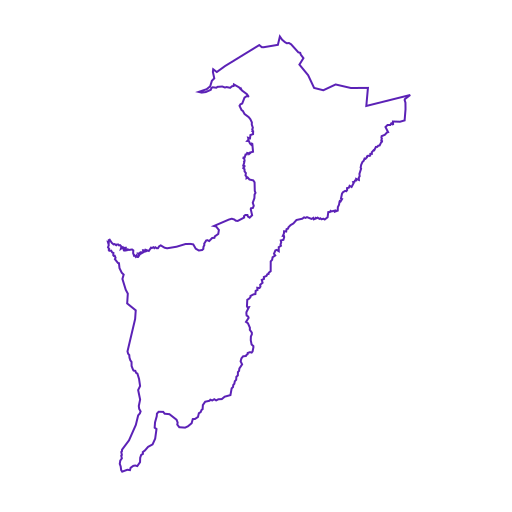 the district of Kapenguria, Rift Valley, Kenya, rotated 182°
{"feature_id": "3690345B82211082616386", "entity_name": "Kapenguria", "entity_type": "district", "adm_level": 2, "iso_a3": "KEN", "parent_name": "Kenya", "parent_adm1": "Rift Valley", "projection": "natural_earth1", "projection_center": [35.164, 1.55], "detail": "fine", "context": "isolated", "style": "outline", "palette": "violet", "viewbox_px": 512, "rotation_deg": 182, "n_neighbors": 0, "source": "geoboundaries", "source_scale": "gbopen_adm2", "svg_char_len": 6113}
<svg xmlns="http://www.w3.org/2000/svg" viewBox="0 0 512 512"><g transform="rotate(182 256 256)"><path d="M260.1,466.9L293.5,444.8L301.6,438.5L305.3,441.1L305.5,438.4L303.9,432.1L306.2,429.6L307.7,424.0L311.1,421.0L319.0,418.0L316.0,417.4L311.9,418.1L307.0,420.5L306.4,422.3L305.2,423.1L301.5,422.8L300.4,423.7L295.6,424.2L292.9,423.3L291.3,423.8L287.7,423.2L285.9,424.8L284.3,425.1L284.1,426.7L278.9,424.0L277.4,422.4L277.0,422.9L275.9,421.0L270.7,417.4L268.8,414.8L270.5,415.7L273.0,413.9L275.1,407.9L276.8,407.1L277.7,405.5L275.5,401.3L274.2,400.5L272.4,397.5L268.1,394.5L266.4,392.5L264.8,389.4L264.8,387.2L263.6,384.0L264.2,382.5L263.7,381.7L264.0,380.6L263.2,380.4L263.2,377.7L265.8,376.7L266.1,373.4L268.0,373.9L267.5,372.2L268.7,370.7L267.2,370.7L265.9,368.2L264.7,367.1L264.1,368.2L263.6,367.9L262.6,360.1L265.9,359.1L266.3,358.7L265.8,358.3L266.6,357.6L267.1,358.4L268.4,358.7L268.8,357.2L270.0,357.1L270.7,354.3L271.9,354.0L272.0,353.4L271.2,353.1L270.7,350.6L271.3,349.8L271.0,348.9L271.9,345.9L270.7,345.7L270.6,345.0L271.8,343.4L270.5,342.3L270.4,340.2L269.0,338.5L269.3,336.1L268.2,334.9L268.2,333.4L267.0,334.1L265.2,332.2L261.4,331.5L260.0,329.6L259.5,321.0L258.7,319.1L259.6,317.4L259.6,313.8L261.1,309.1L260.0,306.1L260.8,303.9L262.7,303.5L262.9,302.6L261.3,296.6L263.7,294.1L265.5,295.2L266.0,296.7L268.1,296.6L269.4,295.4L269.2,294.0L275.5,290.4L277.5,290.6L278.9,291.7L281.5,292.4L284.3,291.5L299.1,284.5L296.9,284.1L294.0,280.7L294.5,276.7L297.8,274.2L298.2,272.7L300.4,272.5L303.3,269.3L305.1,270.1L306.3,269.8L308.2,266.5L308.0,265.1L308.8,263.4L308.9,261.2L310.0,260.1L313.3,259.5L316.5,261.2L319.1,265.4L321.8,265.8L326.9,265.5L335.7,262.5L345.1,260.6L347.7,261.1L351.6,263.3L353.2,262.2L354.2,260.4L355.5,260.3L356.9,261.2L357.9,260.3L358.8,261.2L360.4,260.3L361.2,260.7L363.3,257.3L366.1,258.2L365.8,257.0L367.2,256.5L367.8,256.6L367.5,257.8L369.1,257.8L368.7,255.8L371.0,254.4L371.0,255.7L371.6,255.7L372.8,254.4L373.8,254.4L372.7,252.7L373.8,250.9L374.5,250.9L375.3,252.5L376.2,251.0L377.4,252.4L377.9,252.1L378.9,254.6L378.8,257.3L380.1,258.2L383.3,257.6L384.3,258.2L385.0,257.3L387.3,256.8L387.7,257.2L386.3,258.6L386.4,259.7L388.2,259.5L388.7,258.2L389.4,260.0L391.3,258.5L390.8,260.7L392.2,262.1L393.2,261.8L394.1,262.7L395.5,262.6L396.1,261.9L397.7,263.0L398.7,262.6L400.6,264.1L402.8,267.2L403.7,266.7L403.6,264.5L404.5,264.8L403.5,261.8L404.2,259.5L403.0,258.0L403.4,256.9L402.8,256.1L400.9,256.3L399.9,254.6L398.6,254.1L398.7,251.8L398.1,251.1L397.2,251.3L396.3,249.3L396.9,247.9L393.7,244.2L392.7,244.0L392.0,239.1L389.6,234.6L387.6,232.8L388.7,228.4L385.0,217.7L382.8,213.9L383.1,204.1L374.3,197.5L374.6,188.8L381.1,156.2L380.4,153.9L379.2,152.6L378.9,150.0L377.9,147.3L376.7,145.8L376.5,141.7L374.9,138.0L374.3,137.2L372.6,137.0L371.8,135.1L370.4,134.3L368.6,129.1L367.3,122.0L369.1,117.9L366.8,108.5L367.9,102.0L367.4,99.1L365.9,96.7L366.6,94.6L368.2,92.6L370.2,83.0L376.5,67.3L383.1,57.8L383.2,56.1L383.8,55.4L383.1,52.5L383.7,51.7L383.0,49.1L384.5,46.8L384.9,43.5L383.9,41.0L383.3,37.4L382.2,35.8L377.1,37.9L374.5,37.6L373.9,40.0L371.3,42.0L369.4,42.4L367.3,41.9L364.7,45.9L364.7,50.3L363.8,53.2L362.1,54.3L362.3,56.1L360.3,57.7L357.2,61.5L352.8,64.1L350.4,69.9L349.4,79.6L351.3,80.9L351.1,86.2L349.6,92.4L349.5,95.0L347.9,96.9L343.3,97.0L341.8,95.2L337.0,94.9L329.7,89.6L328.5,86.8L328.8,84.8L326.7,82.2L320.9,82.0L318.1,83.4L314.5,86.6L313.5,90.8L311.3,91.0L308.4,93.1L307.6,96.9L305.9,98.0L305.0,100.3L304.0,101.1L303.9,105.2L301.7,108.6L297.4,109.7L296.6,110.8L294.7,110.1L292.7,111.4L290.8,110.3L288.6,111.5L285.2,111.8L282.4,114.3L276.7,116.1L275.7,122.9L274.4,124.2L274.2,126.4L273.2,127.5L272.8,130.1L271.5,131.6L271.4,134.6L270.0,136.0L270.0,139.4L268.9,140.6L268.7,143.0L266.1,147.2L267.7,150.2L267.0,153.2L265.4,155.3L262.6,155.7L262.0,156.9L261.0,157.5L260.9,158.8L258.6,159.7L257.0,159.3L256.1,160.5L255.4,164.7L255.5,165.9L257.3,167.4L258.3,171.6L258.3,175.4L257.4,177.6L257.5,179.3L259.6,182.0L259.6,184.1L261.7,188.5L263.7,189.8L261.2,193.9L261.7,195.2L263.3,196.2L263.6,198.1L263.6,199.6L261.3,204.6L262.7,204.4L263.3,205.5L263.2,211.9L261.2,213.3L260.1,214.8L260.1,215.9L257.1,217.6L255.3,217.9L255.1,221.2L253.3,222.1L253.6,224.3L251.4,224.1L250.5,225.5L250.8,227.4L248.5,229.5L249.4,232.3L247.2,233.4L247.4,235.3L244.9,236.4L244.0,238.2L242.8,238.5L242.7,239.7L240.8,241.3L241.1,251.1L239.7,252.8L239.4,255.3L236.8,257.2L238.1,258.9L236.8,262.3L235.5,262.8L233.4,261.6L233.6,265.6L231.4,267.1L231.9,268.4L231.3,270.5L231.8,272.4L229.2,273.1L228.5,275.8L228.7,276.9L229.9,277.0L228.9,279.3L228.8,281.7L226.7,281.5L226.4,283.9L224.9,284.5L224.6,285.8L222.5,288.1L219.8,289.8L216.8,293.4L211.0,294.9L209.3,296.3L207.9,295.8L206.4,296.6L201.8,295.0L200.0,296.1L199.5,294.7L197.8,295.4L197.6,296.2L196.6,295.9L195.8,296.5L193.8,295.3L193.0,295.9L191.8,295.0L190.0,295.6L188.6,294.9L185.8,297.2L185.3,302.4L183.7,302.5L183.0,303.7L182.1,303.2L178.5,304.2L178.6,303.1L175.9,304.2L175.9,307.7L174.8,310.2L174.4,313.3L174.2,313.8L173.4,313.4L172.0,315.9L173.1,316.3L172.2,321.4L171.3,322.8L169.2,324.2L168.0,323.9L167.2,325.1L167.4,327.0L165.6,327.5L164.9,329.4L162.9,328.3L161.0,332.2L161.5,333.3L160.2,333.6L159.7,334.9L158.6,335.0L158.6,336.6L155.8,335.6L156.0,338.0L155.2,339.3L155.5,341.7L154.0,347.0L154.5,347.9L154.1,350.7L152.9,353.7L151.7,354.9L150.9,357.2L150.0,356.9L148.5,358.6L148.6,359.4L147.6,360.1L145.9,360.0L145.4,360.3L145.3,362.0L143.8,362.1L143.9,363.7L142.0,366.0L141.5,365.8L140.0,369.2L138.6,369.3L137.7,370.5L136.3,370.8L134.7,374.4L134.1,374.6L134.0,375.3L134.8,376.0L134.3,377.7L134.8,378.6L134.6,380.2L131.5,381.6L129.4,384.0L128.3,384.4L131.1,389.4L129.1,391.5L126.4,391.6L125.4,393.3L124.1,392.3L123.6,392.5L123.8,395.2L116.8,395.2L112.2,396.7L111.7,407.8L112.0,414.4L112.9,417.1L112.7,418.0L107.5,422.3L151.0,409.8L150.0,427.9L167.0,427.2L182.4,430.2L194.5,424.0L203.8,426.0L210.2,438.5L219.3,448.8L215.5,455.4L218.3,458.8L218.9,460.6L220.8,461.0L228.3,468.8L230.5,470.0L232.6,469.7L234.5,470.7L237.5,473.1L239.8,476.2L241.5,467.8L255.7,464.9L257.5,464.9L260.1,466.9Z" fill="none" stroke="#5b21b6" stroke-width="2"/></g></svg>